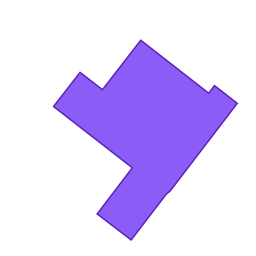 the district of Montgomery, Illinois, United States of America, rotated 218°
{"feature_id": "52423323B61876553243791", "entity_name": "Montgomery", "entity_type": "district", "adm_level": 2, "iso_a3": "USA", "parent_name": "United States of America", "parent_adm1": "Illinois", "projection": "albers", "projection_center": [-89.521, 39.262], "detail": "fine", "context": "isolated", "style": "filled", "palette": "violet", "viewbox_px": 256, "rotation_deg": 218, "n_neighbors": 0, "source": "geoboundaries", "source_scale": "gbopen_adm2", "svg_char_len": 336}
<svg xmlns="http://www.w3.org/2000/svg" viewBox="0 0 256 256"><g transform="rotate(218 128 128)"><path d="M57.1,214.7L68.8,214.6L72.3,214.7L85.9,214.6L85.8,205.1L172.0,205.0L171.7,142.5L200.0,142.3L199.9,99.1L100.1,99.3L99.4,41.3L56.6,41.7L57.1,99.5L56.0,104.5L57.1,214.7Z" fill="#8b5cf6" stroke="#5b21b6" stroke-width="1.5"/></g></svg>